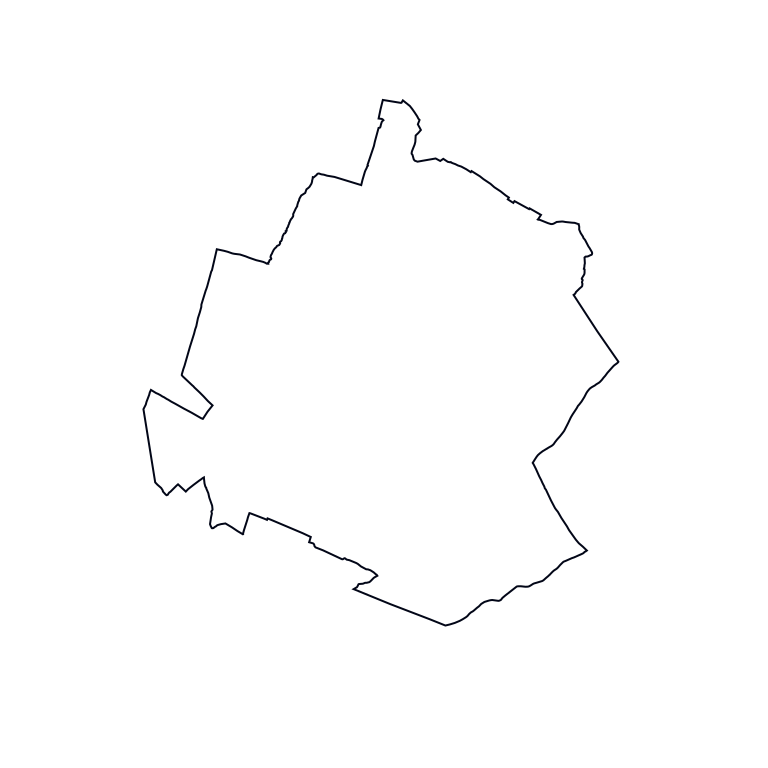 Cozmesti, Iasi, Romania, rotated 241°
{"feature_id": "2599482B90266436678588", "entity_name": "Cozmesti", "entity_type": "district", "adm_level": 2, "iso_a3": "ROU", "parent_name": "Romania", "parent_adm1": "Iasi", "projection": "albers", "projection_center": [28.011, 46.872], "detail": "fine", "context": "isolated", "style": "outline", "palette": "ink", "viewbox_px": 768, "rotation_deg": 241, "n_neighbors": 0, "source": "geoboundaries", "source_scale": "gbopen_adm2", "svg_char_len": 6154}
<svg xmlns="http://www.w3.org/2000/svg" viewBox="0 0 768 768"><g transform="rotate(241 384 384)"><path d="M486.5,583.6L490.1,581.8L495.9,579.4L502.6,575.9L507.4,574.2L515.0,570.3L519.1,568.6L527.8,563.8L527.2,562.6L531.9,560.1L536.7,557.0L539.3,554.6L541.7,553.0L544.3,550.7L545.7,550.0L545.7,549.5L547.4,547.5L552.2,545.0L551.8,541.3L556.2,538.5L560.5,526.1L562.2,521.1L564.4,519.2L565.9,518.9L570.6,520.0L572.0,519.8L572.7,520.2L573.9,521.2L576.0,523.7L578.5,526.8L580.6,528.8L586.0,532.2L586.9,535.7L588.3,539.4L594.7,539.5L597.7,543.1L599.4,542.7L602.0,542.8L607.1,542.4L610.8,542.0L614.6,541.4L622.9,538.0L621.5,535.6L621.8,534.9L633.0,520.7L626.0,514.2L618.8,508.0L616.9,510.6L615.9,511.2L615.0,511.4L614.6,509.7L614.2,509.0L612.4,507.1L610.6,505.5L610.2,504.7L610.6,503.4L600.5,493.6L597.0,490.5L583.5,475.7L582.7,475.8L582.4,475.0L582.1,474.4L581.1,473.3L580.3,472.0L579.0,470.3L572.9,464.1L569.0,460.5L589.1,441.1L593.8,435.2L596.2,432.9L597.8,430.8L599.5,429.3L599.8,428.8L600.0,428.3L600.0,427.4L599.5,426.3L598.8,422.6L599.4,422.0L597.8,420.8L596.7,419.7L596.0,419.3L594.8,418.1L594.3,417.5L592.6,414.5L592.1,412.5L592.0,411.5L591.8,410.5L589.3,407.7L589.0,403.0L587.5,400.5L586.7,399.4L586.3,399.2L585.4,398.3L585.0,397.5L583.0,395.4L581.9,394.4L581.6,394.3L580.3,392.0L576.6,386.9L575.5,386.4L574.5,385.6L574.4,385.4L574.3,384.9L573.6,383.8L573.1,382.2L572.7,381.9L572.2,381.0L571.2,379.9L571.1,379.4L570.4,379.0L568.9,377.0L568.0,376.3L567.7,375.4L566.6,373.9L565.3,373.2L565.4,372.6L565.4,372.1L564.4,371.8L564.3,371.4L563.8,370.7L564.0,369.5L563.1,368.0L562.2,366.8L560.8,365.7L560.5,365.2L559.6,364.5L558.8,363.3L558.8,362.3L558.4,361.7L557.4,361.4L556.9,360.6L556.7,360.4L556.4,359.7L556.6,357.5L556.4,356.9L555.9,356.1L555.5,354.2L554.8,352.6L553.2,350.2L552.4,349.3L551.5,347.7L550.5,346.6L549.8,346.2L549.0,346.3L548.3,346.2L547.9,345.8L547.8,345.3L547.9,344.6L547.7,343.9L546.9,342.9L546.5,342.6L546.3,341.5L545.3,341.1L546.1,339.8L547.5,339.0L549.3,337.6L551.1,335.7L554.2,332.3L560.0,327.1L562.7,324.9L567.1,320.8L570.5,316.1L571.8,314.6L575.3,311.5L578.1,308.6L582.9,303.1L566.9,288.7L566.1,287.4L555.0,276.6L552.9,274.3L552.3,273.5L542.0,262.8L539.9,261.5L536.0,257.7L531.8,253.2L525.5,247.8L523.4,245.4L519.9,242.1L510.7,232.4L496.7,218.4L494.2,215.6L490.5,211.9L489.7,211.4L488.2,211.7L475.3,215.8L474.7,216.1L472.8,216.5L465.9,218.7L460.6,220.2L454.5,221.7L448.4,223.7L445.3,216.2L441.3,208.7L441.5,208.4L442.0,208.2L442.4,207.7L452.2,201.8L459.4,197.1L468.0,191.8L471.7,189.4L474.8,187.7L476.1,186.8L479.4,185.0L480.4,184.2L482.7,183.0L485.0,181.5L486.5,180.3L491.8,177.3L490.2,175.1L488.3,173.3L483.5,167.6L481.5,165.7L478.6,161.4L408.9,136.2L405.8,137.0L401.1,138.7L398.1,138.9L397.2,138.5L393.0,139.5L392.1,140.0L392.0,141.3L392.6,142.2L393.2,143.5L393.3,144.9L395.7,153.3L396.1,155.2L386.0,158.5L387.0,161.7L388.1,168.4L389.1,175.7L389.3,177.8L389.6,179.9L389.6,181.2L388.1,180.5L384.0,178.8L380.8,178.0L379.5,178.2L378.8,177.9L373.7,177.4L369.3,176.1L360.9,174.7L357.4,173.2L357.0,172.8L356.5,171.7L356.1,171.2L354.2,170.7L351.5,168.3L345.8,163.9L344.0,163.6L341.6,163.5L341.2,163.7L340.7,164.9L341.0,166.8L341.0,168.3L341.3,169.4L341.2,170.4L340.5,173.4L338.9,177.7L332.4,181.5L326.5,184.5L321.0,187.7L321.0,188.0L321.5,188.2L323.9,190.5L331.5,198.6L333.4,200.4L336.3,203.7L335.7,204.4L331.9,207.6L324.1,214.1L321.9,215.8L322.9,217.0L319.3,219.9L293.0,240.5L285.7,245.8L281.9,241.8L279.1,244.6L278.4,245.0L277.1,245.0L275.9,244.6L274.3,244.9L268.0,250.1L251.3,262.2L250.9,262.6L250.7,263.1L250.8,264.7L250.7,265.1L250.4,265.4L248.5,266.2L246.7,268.3L240.8,273.0L239.3,273.9L235.6,275.4L230.6,278.6L229.6,280.1L227.7,281.8L224.2,283.7L221.8,284.5L220.7,285.1L219.5,285.2L219.5,282.3L219.4,281.0L218.2,277.1L217.8,275.2L218.5,272.6L219.3,271.0L219.5,269.0L219.7,268.4L221.2,265.1L221.2,264.6L219.8,262.6L219.4,261.8L219.3,258.0L188.4,282.8L155.9,310.1L143.0,320.6L141.8,324.9L140.7,330.1L140.1,335.5L140.1,338.8L140.3,342.8L140.6,344.5L141.6,347.1L142.1,349.3L142.1,351.5L142.3,352.8L143.2,357.0L143.5,359.2L144.5,362.4L144.7,366.2L143.6,371.3L143.0,373.1L142.5,374.1L138.9,378.9L138.6,379.7L138.5,380.8L138.5,381.6L139.5,383.9L140.2,387.4L142.5,401.8L142.4,402.4L141.8,403.8L140.5,406.0L138.1,409.4L137.0,411.6L136.7,412.9L136.7,414.5L136.9,417.4L136.8,418.6L136.1,421.6L135.0,426.7L135.0,428.2L135.8,431.6L136.4,434.7L136.7,435.6L136.8,436.5L137.0,436.9L138.1,440.5L138.5,442.4L138.7,445.3L139.1,447.0L140.3,450.3L141.4,454.2L141.5,455.1L141.2,457.2L140.6,463.9L140.2,466.1L139.4,475.3L139.4,476.4L139.9,478.1L139.8,479.1L140.0,480.7L145.2,479.1L150.3,477.2L154.9,476.3L166.5,475.0L170.8,475.0L180.9,474.2L187.9,474.1L190.8,473.6L192.7,473.4L201.2,473.6L213.1,474.4L214.8,474.1L216.6,474.5L220.4,474.6L223.9,474.9L227.9,475.0L236.1,475.7L241.6,475.9L242.9,475.8L245.1,479.8L246.4,482.3L247.2,484.2L247.8,486.8L248.3,490.2L248.6,497.8L248.6,500.6L248.9,502.4L249.3,503.6L250.1,505.1L251.5,508.4L253.0,512.7L254.8,517.0L255.7,518.9L260.4,525.9L264.2,531.2L265.9,534.1L269.4,540.8L270.8,543.0L271.4,544.8L272.9,548.3L275.4,552.8L278.0,556.7L278.9,558.4L279.9,560.9L280.3,562.3L280.5,564.4L280.5,567.6L280.8,569.5L280.9,572.6L281.2,574.1L282.0,576.6L283.1,579.1L283.9,581.4L285.5,584.9L288.3,592.9L288.7,594.4L289.2,598.2L289.6,599.5L289.8,599.8L326.6,596.1L370.0,593.0L370.2,594.5L370.8,595.8L371.3,596.3L371.5,597.0L372.7,601.3L373.3,604.2L373.7,604.9L375.0,605.8L375.3,606.1L376.8,606.4L377.3,606.7L378.5,608.1L379.2,608.2L379.8,607.9L380.5,608.2L382.5,611.8L383.1,612.6L384.0,613.3L387.0,615.0L387.8,614.6L389.1,615.9L390.8,617.0L392.2,618.2L397.4,620.7L397.7,622.0L397.0,623.5L396.7,624.6L396.6,626.9L396.4,628.2L396.7,628.8L397.5,629.5L398.7,629.8L403.4,629.7L405.1,629.5L412.4,629.7L415.3,629.2L416.3,629.5L420.6,629.2L422.8,629.4L424.5,629.6L426.7,630.9L427.8,631.3L428.7,631.4L429.3,631.8L432.5,628.9L433.9,626.7L437.6,621.4L439.3,619.3L440.0,618.1L442.0,613.6L442.0,610.3L442.1,609.6L442.4,608.5L443.0,607.5L445.2,605.4L452.0,599.9L453.0,598.5L453.3,598.3L453.5,598.9L455.8,603.3L467.0,596.5L466.6,595.7L480.7,586.8L479.7,584.9L485.5,581.8L486.5,583.6Z" fill="none" stroke="#020617" stroke-width="2"/></g></svg>